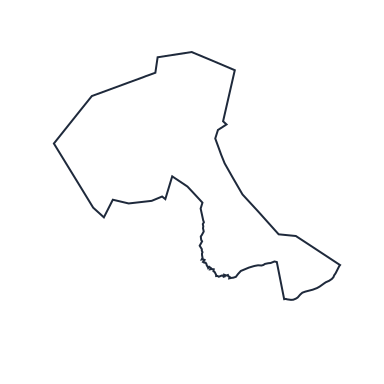 the district of Coronel José Dias, Piauí, Brazil, rotated 338°
{"feature_id": "56859067B76056994493653", "entity_name": "Coronel José Dias", "entity_type": "district", "adm_level": 2, "iso_a3": "BRA", "parent_name": "Brazil", "parent_adm1": "Piauí", "projection": "albers", "projection_center": [-42.3, -8.961], "detail": "fine", "context": "isolated", "style": "outline", "palette": "slate", "viewbox_px": 384, "rotation_deg": 338, "n_neighbors": 0, "source": "geoboundaries", "source_scale": "gbopen_adm2", "svg_char_len": 1769}
<svg xmlns="http://www.w3.org/2000/svg" viewBox="0 0 384 384"><g transform="rotate(338 192 192)"><path d="M244.1,62.1L210.6,54.2L202.7,67.7L194.3,67.4L192.9,67.3L190.4,67.3L175.4,66.8L135.1,65.5L119.0,74.5L82.1,95.3L90.8,147.2L91.1,149.0L94.5,169.5L100.8,182.5L115.7,169.5L129.0,178.9L151.3,185.1L162.6,185.0L164.6,188.6L179.5,170.1L189.8,185.2L192.3,191.6L197.7,205.8L195.2,208.9L193.8,210.6L191.8,222.3L191.7,224.5L190.0,225.8L189.6,228.1L188.6,229.7L188.3,231.8L188.0,233.1L184.8,235.7L183.5,236.5L182.9,238.6L182.6,239.9L182.9,241.5L181.7,242.5L179.0,244.7L179.7,248.7L179.1,250.1L179.2,251.7L178.2,252.8L177.7,254.1L177.1,257.0L175.7,258.2L177.2,258.6L178.2,259.7L176.0,261.0L176.9,262.1L178.1,262.6L178.4,264.0L178.2,265.7L178.5,267.0L178.5,268.6L179.9,267.8L181.0,269.6L180.0,270.5L181.4,270.8L183.2,271.8L182.2,273.5L183.0,274.6L183.2,276.2L183.3,277.8L182.9,279.0L184.2,279.4L185.1,280.6L188.1,280.6L189.2,280.9L189.5,282.4L190.7,282.5L191.0,280.9L192.6,282.3L194.2,282.4L194.1,283.7L195.1,284.7L194.2,286.0L196.4,286.4L198.1,286.9L200.9,287.1L202.4,286.2L204.1,285.2L207.7,283.5L216.4,283.4L220.7,283.8L222.4,284.0L225.8,284.7L228.9,286.2L230.9,286.4L232.6,286.0L236.0,286.6L238.3,287.3L242.4,287.3L244.4,288.7L237.3,325.9L239.0,326.3L239.9,327.1L243.4,329.1L245.5,329.8L248.3,329.8L250.5,329.4L254.0,327.6L256.6,326.7L259.7,326.8L267.4,327.8L272.0,327.9L275.0,327.5L280.4,326.2L282.3,325.8L285.8,325.7L289.1,325.0L291.3,323.9L292.6,322.5L294.5,321.3L296.6,319.5L300.7,315.9L301.9,315.2L279.3,282.5L271.8,271.7L256.5,263.7L254.1,257.1L246.3,235.5L237.9,213.2L235.1,193.6L234.2,186.7L233.0,177.7L233.0,168.5L233.2,163.1L233.6,151.1L239.3,144.2L249.3,142.3L247.3,138.1L277.3,95.1L257.8,75.6L244.1,62.1Z" fill="none" stroke="#1e293b" stroke-width="2"/></g></svg>